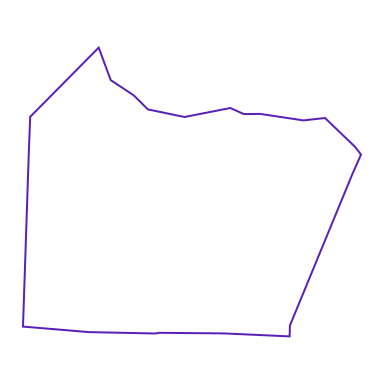 outline of Cooper, Missouri, United States of America
{"feature_id": "52423323B25598587831507", "entity_name": "Cooper", "entity_type": "district", "adm_level": 2, "iso_a3": "USA", "parent_name": "United States of America", "parent_adm1": "Missouri", "projection": "natural_earth1", "projection_center": [-92.772, 38.872], "detail": "fine", "context": "isolated", "style": "outline", "palette": "violet", "viewbox_px": 384, "rotation_deg": 0, "n_neighbors": 0, "source": "geoboundaries", "source_scale": "gbopen_adm2", "svg_char_len": 406}
<svg xmlns="http://www.w3.org/2000/svg" viewBox="0 0 384 384"><path d="M23.0,326.6L88.9,332.1L155.6,333.5L159.0,332.8L223.7,333.4L289.6,336.4L289.8,330.5L289.9,325.6L352.2,174.5L361.0,154.6L354.8,146.6L325.0,118.0L303.4,120.4L260.2,113.9L243.9,114.1L230.3,108.0L184.5,117.0L147.9,109.4L133.8,95.4L110.7,80.1L98.7,47.6L30.2,116.8L28.9,149.9L23.0,326.6Z" fill="none" stroke="#5b21b6" stroke-width="2"/></svg>